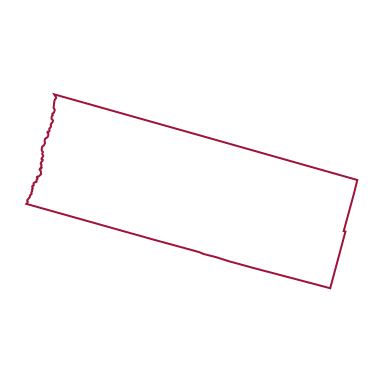 Marshall, Minnesota, United States of America (Albers equal-area conic projection), rotated 16°
{"feature_id": "52423323B67799781771195", "entity_name": "Marshall", "entity_type": "district", "adm_level": 2, "iso_a3": "USA", "parent_name": "United States of America", "parent_adm1": "Minnesota", "projection": "albers", "projection_center": [-97.048, 48.358], "detail": "fine", "context": "isolated", "style": "outline", "palette": "rose", "viewbox_px": 384, "rotation_deg": 16, "n_neighbors": 0, "source": "geoboundaries", "source_scale": "gbopen_adm2", "svg_char_len": 2070}
<svg xmlns="http://www.w3.org/2000/svg" viewBox="0 0 384 384"><g transform="rotate(16 192 192)"><path d="M351.4,246.4L350.4,187.7L348.6,187.8L348.1,148.1L347.6,134.9L189.0,135.4L32.6,136.1L33.0,136.5L33.3,136.9L34.4,137.6L35.1,138.3L35.5,139.0L35.4,139.6L34.8,140.6L34.6,142.1L35.6,148.5L35.7,149.0L36.0,149.6L37.2,150.5L37.5,151.2L37.4,153.7L37.2,154.2L36.5,154.7L36.2,155.1L36.3,155.9L36.7,156.2L37.0,156.7L36.8,157.2L36.5,157.5L36.4,158.9L36.6,159.8L36.9,160.5L38.4,161.3L38.7,161.7L38.7,162.8L38.5,164.0L37.8,165.0L37.7,165.5L37.7,166.5L37.8,166.7L38.2,167.1L38.4,167.8L38.2,168.9L38.0,169.4L37.4,170.2L37.4,170.7L37.7,171.4L38.1,171.9L38.1,172.5L37.8,173.3L36.8,173.7L36.6,174.0L36.7,174.9L37.6,175.1L38.1,176.4L38.2,177.9L38.1,178.7L37.2,180.2L36.4,180.8L36.2,181.3L36.1,181.7L36.2,183.4L36.5,184.2L37.0,184.9L37.2,185.4L37.2,185.9L36.8,187.8L36.3,188.7L35.9,189.0L35.7,189.5L35.6,190.0L35.6,192.2L36.4,193.8L37.2,194.2L37.6,194.6L37.7,195.0L37.5,196.0L37.6,196.9L38.9,197.9L39.0,198.4L38.8,199.6L38.2,200.9L38.2,201.7L38.5,202.0L39.0,201.9L39.7,202.3L39.7,202.6L39.7,203.4L39.2,204.2L39.0,204.5L38.9,204.9L38.7,205.7L38.8,206.6L39.0,206.9L39.8,207.4L40.0,207.7L40.0,209.3L40.8,210.0L40.7,210.7L40.6,210.9L39.8,210.9L39.5,211.2L39.4,211.7L39.4,212.6L39.8,212.9L40.1,212.9L40.8,213.5L41.7,215.5L41.9,216.2L41.9,216.7L40.4,219.2L40.1,219.5L39.1,219.8L38.8,220.3L38.8,220.8L39.0,221.0L39.5,221.2L39.8,221.8L39.8,222.4L39.3,223.0L39.3,223.3L39.3,223.7L39.7,224.4L39.7,224.7L39.6,225.2L39.3,225.6L38.5,225.7L37.6,226.8L37.4,227.2L37.4,228.0L38.0,229.1L38.0,229.5L37.2,230.0L36.9,230.4L37.0,231.2L37.3,231.7L37.9,232.1L38.0,232.4L37.9,233.0L37.6,233.3L37.5,233.9L37.7,234.3L38.0,234.6L38.1,235.1L38.1,235.7L37.7,236.3L37.8,237.1L38.3,237.8L38.2,238.6L37.6,239.0L37.4,239.5L37.3,240.1L37.5,241.7L36.9,242.9L36.8,243.2L35.9,245.2L35.9,245.6L36.2,246.1L36.5,246.2L36.8,246.5L36.8,247.3L36.8,247.7L36.7,248.1L36.1,248.8L36.0,249.1L167.0,248.4L215.6,247.8L220.2,248.4L233.5,248.0L246.8,248.4L272.6,248.1L351.4,246.4Z" fill="none" stroke="#9f1239" stroke-width="2"/></g></svg>